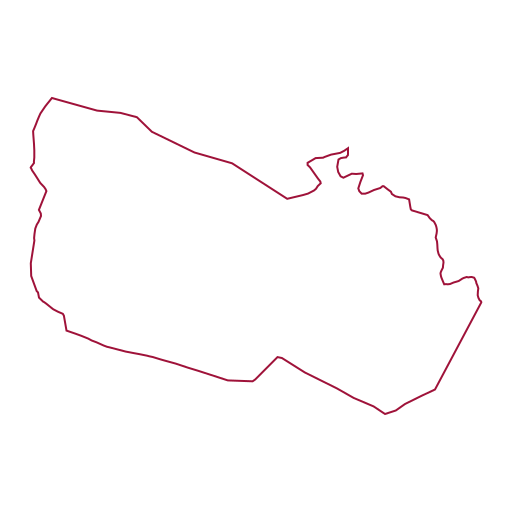 the district of Santa Cruz Tacahua, Oaxaca, Mexico
{"feature_id": "50627088B55169322722407", "entity_name": "Santa Cruz Tacahua", "entity_type": "district", "adm_level": 2, "iso_a3": "MEX", "parent_name": "Mexico", "parent_adm1": "Oaxaca", "projection": "natural_earth1", "projection_center": [-97.457, 16.92], "detail": "fine", "context": "isolated", "style": "outline", "palette": "rose", "viewbox_px": 512, "rotation_deg": 0, "n_neighbors": 0, "source": "geoboundaries", "source_scale": "gbopen_adm2", "svg_char_len": 2687}
<svg xmlns="http://www.w3.org/2000/svg" viewBox="0 0 512 512"><path d="M348.0,148.2L344.2,150.8L340.1,152.9L331.1,154.6L324.5,157.0L323.1,157.7L315.6,158.1L312.6,159.9L307.6,162.8L307.6,165.0L310.0,167.3L318.0,178.6L320.3,181.5L320.7,183.3L317.8,186.0L316.0,188.8L314.0,190.5L308.0,193.6L302.8,195.1L287.2,198.8L232.1,163.3L194.5,152.5L151.9,131.8L136.9,117.2L120.5,112.9L97.1,110.6L51.9,98.0L49.7,100.8L48.5,102.3L47.5,103.5L45.3,106.3L44.2,107.9L43.6,108.8L43.1,109.5L42.3,110.7L40.4,113.5L39.0,116.6L37.2,120.9L36.2,123.6L35.2,126.1L34.3,128.3L33.1,131.1L33.3,134.8L34.0,144.0L34.3,150.4L34.3,157.5L33.9,161.8L34.0,163.0L32.6,164.9L32.4,165.2L31.7,166.1L31.1,166.8L30.7,167.7L31.2,168.4L31.7,169.5L32.1,170.4L34.7,174.2L37.2,178.1L39.2,181.3L40.3,183.0L44.1,187.0L45.6,189.2L46.4,191.1L38.9,209.9L40.8,213.5L41.0,216.0L38.5,221.9L36.8,224.6L35.3,228.5L34.5,233.9L34.1,238.1L34.4,240.5L30.8,263.2L31.2,276.0L36.7,291.1L38.0,292.4L39.0,297.6L43.2,301.7L44.1,302.1L46.3,303.7L52.6,308.8L53.5,309.4L57.9,311.7L62.8,313.8L63.9,315.7L66.5,330.6L75.5,333.7L81.0,335.7L85.0,337.3L88.2,338.6L91.7,340.5L96.5,342.3L103.6,345.5L107.3,346.9L107.5,346.9L109.3,347.3L125.8,351.6L129.6,352.3L133.7,353.1L139.2,354.1L147.1,355.7L149.3,356.3L152.7,357.0L160.2,359.3L164.4,360.5L175.7,363.6L187.7,367.6L198.5,370.9L227.8,380.4L230.3,380.5L252.6,381.3L253.2,380.9L255.2,379.5L277.5,357.1L281.9,358.0L304.9,372.5L336.9,388.4L353.8,398.0L373.6,406.4L385.0,414.0L395.8,410.5L403.6,405.0L405.2,403.9L422.4,395.4L435.0,389.5L481.3,302.4L481.1,301.4L479.7,300.3L478.4,297.8L477.7,295.2L477.9,291.4L478.3,288.4L477.5,285.8L476.3,283.0L476.1,281.6L474.6,278.4L474.1,277.7L471.7,277.0L469.9,277.1L468.3,277.4L466.7,277.0L463.6,278.0L462.2,278.7L458.7,281.0L456.4,281.7L453.6,282.5L450.1,284.0L447.7,284.3L446.0,284.1L444.2,284.3L443.0,281.5L441.4,277.6L441.0,276.3L440.5,273.6L440.7,272.4L441.4,270.7L442.9,267.7L443.1,265.2L443.5,262.5L443.3,260.6L442.7,259.3L441.2,258.0L440.3,257.0L439.1,255.0L438.5,253.7L437.7,250.5L437.5,248.3L437.3,244.6L437.0,241.4L436.3,239.3L435.7,237.5L436.6,233.4L436.9,230.9L436.8,229.2L436.4,227.1L435.8,225.1L434.2,222.0L433.3,221.0L432.0,220.3L429.8,218.2L427.6,215.1L413.3,210.8L411.9,210.4L410.8,209.3L410.3,206.8L409.1,199.4L405.5,198.0L403.1,197.5L399.6,197.3L395.4,196.3L391.9,194.0L390.9,191.7L387.5,189.2L383.7,186.2L382.5,186.2L380.3,188.0L374.0,190.0L368.4,192.6L365.1,193.7L361.7,193.7L359.3,191.2L358.3,188.4L360.4,181.9L363.0,175.2L362.5,173.4L356.2,174.0L351.8,173.7L343.4,177.7L340.6,176.3L338.2,172.0L337.2,166.8L338.5,159.5L340.9,158.1L343.7,157.6L346.1,157.4L346.7,156.5L347.9,155.2L348.0,153.8L348.0,148.2Z" fill="none" stroke="#9f1239" stroke-width="2"/></svg>